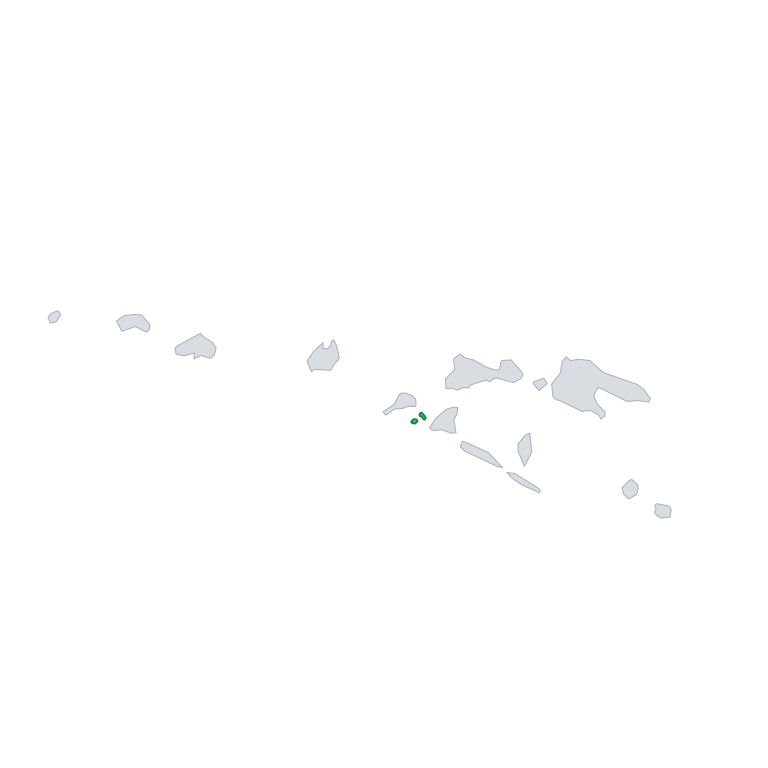 Paama, Malampa, Vanuatu (highlighted), rotated 127°
{"feature_id": "77236927B20475273490027", "entity_name": "Paama", "entity_type": "district", "adm_level": 2, "iso_a3": "VUT", "parent_name": "Vanuatu", "parent_adm1": "Malampa", "projection": "mercator", "projection_center": [168.29, -16.483], "detail": "medium", "context": "in_parent", "style": "filled", "palette": "green", "viewbox_px": 768, "rotation_deg": 127, "n_neighbors": 0, "source": "geoboundaries", "source_scale": "gbopen_adm2", "svg_char_len": 3943}
<svg xmlns="http://www.w3.org/2000/svg" viewBox="0 0 768 768"><g transform="rotate(127 384 384)"><path d="M251.7,179.6L257.5,210.5L264.3,210.4L267.7,208.8L271.7,201.5L273.5,190.2L277.1,188.5L281.5,189.8L279.6,193.4L280.8,202.5L284.3,207.5L286.5,208.4L291.1,232.2L292.8,237.2L292.7,241.2L283.1,250.1L268.9,249.9L258.9,255.2L252.8,254.9L252.9,248.8L247.5,244.0L241.4,233.8L242.9,215.6L232.0,181.8L231.9,173.3L235.6,162.3L239.3,161.8L244.2,171.0L251.7,179.6ZM311.9,298.5L316.1,300.5L318.3,300.5L319.7,305.1L332.6,314.2L336.2,313.9L339.2,318.9L344.7,321.5L346.2,326.6L350.2,331.7L343.2,338.0L329.9,336.3L322.2,343.5L315.2,341.7L314.0,337.9L315.0,336.7L310.9,327.1L309.0,312.5L306.2,304.0L303.2,300.3L296.9,303.5L294.3,304.0L288.3,297.0L291.2,282.7L292.7,278.7L297.6,277.9L305.0,281.6L311.9,298.5ZM485.4,567.8L481.2,572.4L477.6,571.9L454.0,561.2L455.0,556.8L454.0,545.6L456.6,539.5L463.1,537.0L468.2,538.3L471.3,547.2L478.3,550.9L473.4,554.0L482.0,560.8L485.4,567.8ZM405.2,434.9L414.2,448.4L417.7,449.4L412.3,459.1L401.0,460.0L387.7,457.5L392.5,454.2L390.0,450.4L386.0,449.6L381.4,451.4L379.2,450.8L382.2,444.6L389.6,435.8L391.8,435.1L393.8,435.0L395.7,435.8L405.2,434.9ZM391.7,321.1L381.4,322.1L366.9,319.1L361.1,315.0L358.5,311.0L363.5,307.9L370.7,306.5L379.7,297.1L382.8,300.7L386.2,311.2L389.8,314.4L391.8,317.5L391.7,321.1ZM499.6,625.1L494.8,635.5L486.6,633.1L478.9,625.6L474.8,619.0L477.6,606.4L481.5,604.2L485.6,604.9L487.7,617.2L499.6,625.1ZM384.2,286.7L382.6,286.8L381.1,282.5L376.0,259.5L379.4,239.0L381.5,243.3L389.1,279.3L388.1,285.2L384.2,286.7ZM405.3,362.7L408.0,364.1L406.5,368.0L394.1,363.6L384.1,365.3L381.3,365.1L378.3,361.5L376.2,354.4L377.2,349.4L381.4,345.9L382.9,345.3L386.0,349.6L388.9,352.6L391.7,353.8L398.0,360.9L405.3,362.7ZM356.9,236.6L350.9,240.9L339.7,240.4L335.5,238.0L349.3,225.0L365.2,222.3L356.9,236.6ZM327.5,126.8L323.7,131.5L313.5,130.0L311.1,128.7L311.7,120.9L314.3,118.2L320.4,115.8L328.7,119.6L327.5,126.8ZM318.8,93.9L317.5,94.8L315.4,94.1L310.0,82.8L311.4,79.1L318.1,75.5L324.1,81.8L324.6,85.2L324.6,88.2L323.7,90.7L319.7,91.8L318.8,93.9ZM382.0,226.5L380.5,232.3L376.7,225.6L374.3,197.3L375.3,194.7L377.3,194.5L381.8,214.2L382.0,226.5ZM536.1,687.2L533.0,692.5L528.1,692.4L521.8,688.7L523.0,684.0L530.1,683.2L532.2,683.5L536.1,687.2ZM294.4,263.6L292.8,266.0L283.2,259.9L285.4,254.0L295.8,256.2L294.4,263.6Z" fill="#d9dde1" stroke="#a8b0b8" stroke-width="1"/><path d="M384.3,335.1L384.1,335.7L384.2,335.8L384.0,336.2L384.0,336.4L384.1,336.7L384.2,336.8L384.4,336.9L384.5,337.1L384.8,337.2L384.8,337.4L385.0,337.4L385.4,337.6L385.6,337.6L385.8,337.5L386.1,337.4L386.3,337.4L386.4,337.5L386.6,337.5L386.7,337.2L387.0,337.3L387.3,337.2L387.6,337.1L387.8,336.8L388.0,336.3L388.1,335.9L388.0,335.7L387.9,335.5L387.8,335.3L387.7,334.8L387.7,334.5L387.8,333.5L387.8,332.9L388.0,332.4L388.0,331.9L388.4,331.4L388.5,331.1L388.5,330.9L388.5,330.7L388.4,330.3L388.1,330.1L387.9,330.1L387.1,330.1L386.3,329.9L386.0,330.0L385.9,330.1L385.6,330.4L385.5,331.5L385.3,331.6L385.3,332.0L385.2,332.1L385.1,332.3L384.9,332.4L384.9,332.6L384.7,332.9L384.7,333.2L384.7,333.4L384.7,333.6L384.7,333.9L384.6,334.1L384.5,334.5L384.4,334.7L384.3,335.1ZM395.4,334.9L395.2,335.0L395.0,334.9L394.9,334.8L394.4,334.7L394.2,334.8L393.7,334.9L393.3,334.9L393.2,335.0L392.9,335.3L392.8,335.6L392.8,335.8L392.9,336.0L392.7,336.2L392.6,336.3L392.7,336.7L392.7,337.0L393.0,337.4L393.1,337.5L393.2,337.9L393.5,338.2L393.6,338.6L393.9,338.8L394.2,339.2L394.3,339.2L394.6,339.3L394.9,339.4L395.1,339.5L395.9,339.8L396.1,339.8L396.3,339.7L396.8,339.8L396.9,339.7L397.1,339.7L397.4,339.8L397.6,339.7L397.7,339.3L397.7,339.2L397.9,339.3L398.1,339.2L398.3,338.8L398.3,338.7L398.3,338.3L398.3,338.1L398.3,337.9L398.2,337.9L398.2,337.7L397.9,337.4L398.0,337.3L398.0,337.1L397.9,336.9L397.8,336.7L397.7,336.3L397.3,335.8L397.2,335.5L396.7,335.1L396.4,335.1L396.0,335.0L395.7,335.1L395.4,334.9Z" fill="#22c55e" stroke="#15803d" stroke-width="1.5"/></g></svg>